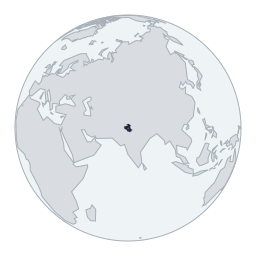 Haryana highlighted on a globe, orthographic projection, rotated 349°
{"feature_id": "IND-2430", "entity_name": "Haryana", "entity_type": "State", "adm_level": 1, "iso_a3": "IND", "parent_name": "India", "parent_adm1": "", "projection": "orthographic", "projection_center": [76.236, 29.302], "detail": "fine", "context": "on_globe", "style": "filled", "palette": "slate", "viewbox_px": 256, "rotation_deg": 349, "n_neighbors": 0, "source": "natural_earth", "source_scale": "10m", "svg_char_len": 12051}
<svg xmlns="http://www.w3.org/2000/svg" viewBox="0 0 256 256"><g transform="rotate(349 128 128)"><circle cx="128" cy="128" r="113" fill="#eef3f6" stroke="#a8b0b8"/><path d="M157.9,19.4L158.0,19.5L165.6,22.7L170.9,24.7L167.5,23.7L179.4,28.7L185.4,32.6L176.8,27.7L174.6,26.9L177.8,29.0L176.2,28.6L176.8,29.6L174.6,29.1L169.8,26.6L168.2,26.3L170.6,27.9L169.8,28.7L166.6,26.3L165.0,27.5L156.7,24.3L149.9,19.7L143.5,18.6L131.9,16.2L131.1,16.5L126.3,16.2L123.6,16.5L122.2,16.3L121.3,16.8L123.1,17.0L123.3,17.4L122.0,17.7L119.9,17.3L120.3,17.1L119.0,17.2L118.6,16.9L118.0,17.2L115.7,17.0L115.9,17.8L112.3,18.0L111.3,17.7L114.2,17.0L118.9,15.7L126.8,15.4L134.6,15.6L142.5,16.3L150.2,17.6L157.9,19.4ZM101.9,18.4L103.1,18.1L102.8,18.3L105.3,17.9L102.0,18.8L97.4,20.0L95.1,20.4L93.0,21.0L92.8,21.5L86.3,23.5L77.9,27.2L76.6,27.8L77.4,27.4L85.3,23.8L93.5,20.8L101.9,18.4ZM175.0,26.5L173.1,25.4L175.5,26.6L175.0,26.5ZM177.2,29.8L178.3,30.3L178.2,30.6L177.2,29.8ZM107.0,17.5L106.2,17.7L107.0,17.5ZM108.9,17.3L109.4,17.1L110.4,16.9L110.0,17.0L108.9,17.3ZM174.7,30.2L174.1,30.7L173.8,29.7L174.7,30.2ZM108.0,17.6L112.0,16.7L113.7,16.5L113.8,16.9L108.0,17.6ZM173.3,30.8L172.0,32.4L174.3,33.4L167.3,31.6L170.6,30.7L169.9,29.2L171.6,30.4L173.3,30.8ZM124.3,17.0L122.3,16.8L125.3,16.7L124.3,17.0ZM126.1,16.9L134.8,16.7L137.1,17.4L133.7,17.2L137.6,18.0L134.4,18.4L131.5,18.0L130.7,17.5L130.1,18.1L126.1,16.9ZM163.6,30.5L162.6,30.6L162.7,30.0L163.6,30.5ZM123.7,17.5L125.2,17.4L127.3,17.9L124.5,18.4L124.7,18.0L123.7,17.5ZM140.2,18.2L141.2,18.8L138.9,19.2L139.0,19.5L134.5,18.5L140.2,18.2ZM123.6,18.1L123.0,18.6L120.8,18.7L122.3,17.8L123.6,18.1ZM128.9,17.9L129.8,18.2L128.4,18.1L128.9,17.9ZM112.6,19.7L114.5,19.3L115.7,19.5L112.6,19.7ZM123.0,18.9L123.8,18.8L124.5,18.9L123.7,19.3L123.0,18.9ZM133.2,18.9L132.0,19.1L134.9,19.4L133.3,19.9L130.6,19.1L131.1,19.7L130.6,19.8L129.0,19.1L133.2,18.9ZM124.9,20.1L121.0,19.6L117.3,20.3L116.1,20.0L122.2,19.1L124.9,20.1ZM127.4,19.5L125.6,19.8L125.1,19.3L126.0,18.8L127.4,19.5ZM133.2,20.5L136.4,19.9L136.8,20.1L133.2,20.5ZM124.0,20.3L125.0,20.5L123.8,20.4L124.0,20.3ZM130.5,20.5L131.5,20.2L132.1,20.5L130.5,20.5ZM126.1,21.0L124.8,20.8L125.3,20.4L126.1,21.0ZM128.2,20.9L128.6,21.3L126.3,20.4L128.6,20.7L128.2,20.9ZM130.8,20.8L131.5,20.8L130.3,20.9L130.8,20.8ZM124.6,22.7L121.6,21.8L122.8,20.9L125.6,21.9L124.6,22.7ZM16.2,118.2L19.3,99.4L21.0,95.3L23.6,88.5L37.4,76.7L37.8,80.5L45.7,85.7L46.3,87.6L42.5,92.1L46.3,104.3L50.8,101.5L56.9,109.7L62.8,112.3L69.8,103.2L60.2,98.6L61.3,92.9L71.2,92.3L80.0,96.8L80.7,94.8L77.5,88.2L81.9,85.7L76.6,85.7L77.0,88.3L73.7,88.4L73.2,86.1L74.8,85.2L72.8,83.2L65.8,88.4L65.4,91.6L58.8,89.5L57.5,94.7L54.9,95.9L56.0,87.6L57.7,85.2L57.9,75.1L55.5,77.2L55.2,87.1L54.2,85.7L51.0,89.2L52.7,85.4L53.7,74.5L49.3,72.6L39.5,78.2L37.8,76.8L38.2,72.8L45.9,64.0L48.9,68.2L51.6,65.7L54.6,60.0L55.2,61.9L56.8,60.3L58.3,61.8L63.8,59.9L65.9,61.2L71.4,56.9L73.2,57.1L69.4,59.5L67.9,62.1L73.3,65.8L75.3,65.4L78.5,62.4L79.6,64.0L82.0,60.7L86.8,61.6L82.9,57.8L86.5,54.7L91.2,53.5L91.7,52.0L84.1,53.9L81.6,55.4L80.6,57.7L73.4,61.7L70.8,61.3L75.8,54.8L72.6,53.7L77.9,49.6L95.4,46.1L101.0,46.9L103.1,54.6L99.9,56.0L97.5,53.8L96.6,58.6L98.2,56.9L99.1,58.4L102.8,56.1L103.6,57.1L105.7,53.5L107.1,54.5L105.8,56.7L112.4,54.8L116.3,56.3L117.4,55.5L117.5,54.1L122.4,57.2L123.0,56.5L121.6,55.1L121.9,52.8L124.4,50.0L125.9,51.3L125.3,52.4L126.1,56.9L124.1,60.1L125.0,60.4L127.1,57.9L126.0,52.4L127.1,50.4L128.1,52.8L127.8,51.8L128.8,51.2L131.2,51.9L130.4,49.2L139.3,42.4L144.9,43.4L144.8,46.1L152.7,43.7L158.4,45.6L157.1,44.3L160.0,42.6L158.3,41.9L157.9,41.2L164.6,37.5L167.4,37.8L168.9,35.3L168.2,34.7L166.2,34.3L167.3,31.6L174.3,33.4L175.4,34.7L179.0,35.3L181.0,38.2L184.4,41.1L184.5,44.3L187.1,46.6L188.2,46.6L192.7,50.0L197.9,57.3L188.7,51.3L179.9,41.6L183.1,45.4L180.9,44.6L181.1,46.1L183.5,48.9L184.7,49.2L180.9,55.3L183.7,64.3L187.1,62.7L190.6,64.5L196.7,74.9L195.6,91.7L200.3,95.6L201.5,98.8L199.5,101.6L197.6,97.0L194.4,96.1L193.6,93.3L189.8,96.8L188.6,92.9L186.2,97.8L188.6,100.5L192.5,98.6L190.9,104.9L196.6,109.2L198.7,115.6L194.3,129.1L187.5,134.4L187.4,136.6L183.9,135.0L180.4,139.9L187.8,150.1L188.0,153.4L181.9,161.0L181.5,158.6L172.3,154.3L171.4,162.3L178.4,167.6L180.9,174.4L175.8,173.1L173.3,167.0L170.0,165.3L170.3,158.4L166.5,148.7L161.4,151.3L161.2,147.1L155.2,139.1L147.5,142.4L135.7,154.0L135.0,164.5L130.5,169.0L122.9,153.9L121.4,143.5L117.4,144.2L110.6,134.9L95.2,132.3L94.1,129.4L91.0,130.1L86.4,126.4L85.1,121.5L81.8,121.0L85.4,133.9L89.1,134.4L93.7,130.8L93.9,135.1L98.5,139.6L89.5,148.1L68.5,151.8L68.3,143.6L62.0,118.2L63.2,116.0L63.3,115.7L63.3,115.1L60.8,118.5L60.4,113.6L61.8,130.7L61.2,137.4L68.2,152.1L67.1,153.0L69.9,156.4L81.2,156.4L80.9,158.9L74.4,169.1L60.4,179.9L63.3,190.3L64.2,198.0L57.8,200.1L60.9,206.2L57.9,206.6L59.4,209.6L58.4,211.5L55.9,212.0L49.1,207.4L46.7,204.4L40.3,196.5L30.5,178.8L30.2,173.3L28.8,167.4L24.0,151.1L24.9,144.7L24.1,140.6L22.2,139.2L21.6,134.3L20.6,132.8L16.3,126.1L16.2,118.2ZM29.7,84.9L28.6,86.7L29.7,84.9ZM87.4,107.0L93.9,109.2L94.3,102.0L96.8,102.4L96.0,99.9L94.3,101.5L92.8,94.9L96.8,93.9L97.7,91.0L95.5,90.1L88.4,93.2L90.5,102.4L87.6,104.6L87.4,107.0ZM75.8,28.2L76.1,28.0L75.3,28.5L75.8,28.2ZM64.0,50.8L63.3,52.5L61.1,53.8L58.5,53.0L61.8,51.0L64.0,50.8ZM62.9,54.6L68.6,48.9L70.4,49.5L68.4,50.1L69.1,51.0L66.1,52.3L62.3,58.7L60.0,60.4L56.5,57.5L58.9,57.4L59.4,55.6L62.9,54.6ZM79.8,36.1L82.3,34.4L83.0,37.7L80.6,38.9L77.9,38.0L79.2,36.0L79.8,36.1ZM107.4,18.7L108.3,18.4L108.8,18.4L108.5,18.7L107.4,18.7ZM113.4,19.5L104.0,20.5L104.6,20.1L98.4,21.6L97.5,21.1L101.5,20.1L96.2,21.0L99.4,19.9L95.7,20.8L104.7,18.6L107.4,17.9L104.7,18.8L105.5,19.2L106.7,19.1L112.0,18.6L118.2,17.6L119.9,18.1L119.5,18.7L118.3,19.0L117.6,18.6L116.5,19.3L114.4,18.9L113.4,19.5ZM113.8,29.7L113.5,28.4L111.0,31.1L108.9,30.2L108.7,30.6L106.1,30.5L102.7,31.3L102.2,30.7L101.1,31.2L99.4,31.4L97.7,32.0L96.1,31.2L93.9,32.0L94.4,31.2L91.1,32.8L92.9,31.3L90.8,31.5L90.1,32.8L86.0,28.6L82.8,28.4L79.2,29.3L82.8,27.0L88.5,25.0L94.6,23.7L97.2,24.3L98.3,23.3L99.9,23.4L98.3,24.2L101.7,23.1L102.5,23.5L108.0,23.2L112.3,21.8L114.4,21.8L113.2,22.5L116.2,22.1L115.2,23.5L116.7,23.6L117.3,25.2L114.0,26.7L115.9,26.7L116.4,28.2L113.8,29.7ZM124.7,23.2L121.2,24.9L118.3,25.3L118.6,22.4L117.4,22.1L117.4,20.5L121.5,20.0L121.1,20.5L121.7,20.8L120.2,20.8L121.8,21.1L121.3,21.8L122.5,22.3L121.0,22.7L124.7,23.2ZM48.6,86.6L49.3,87.5L50.8,88.4L48.8,90.8L48.6,86.6ZM49.1,79.2L50.0,79.5L47.9,82.9L47.1,82.1L49.1,79.2ZM52.3,76.8L50.2,79.2L50.9,77.4L52.3,76.8ZM70.4,59.7L71.6,60.0L71.0,60.8L69.6,61.6L70.4,59.7ZM105.9,38.8L106.2,37.7L107.0,37.6L109.5,35.4L111.3,36.1L110.4,37.7L105.9,38.8ZM67.2,104.2L64.4,105.3L64.0,104.0L65.0,103.8L67.2,104.2ZM55.4,97.9L57.2,100.6L54.8,98.5L55.4,97.9ZM108.3,39.2L109.1,38.2L109.4,39.2L108.3,39.2ZM112.7,36.5L113.4,37.5L111.8,36.0L112.7,36.5ZM118.5,237.9L120.4,238.4L118.5,238.3L118.5,237.9ZM80.8,201.7L78.3,213.1L73.6,211.8L71.2,207.7L71.0,200.4L75.9,199.6L77.9,196.5L80.8,201.7ZM203.4,184.2L205.8,183.7L205.7,184.2L203.4,184.2ZM200.9,183.7L203.8,182.8L200.3,184.8L200.9,183.7ZM204.9,182.4L207.8,180.5L209.1,179.3L208.8,180.3L204.9,182.4ZM198.8,184.4L187.2,187.6L182.4,187.5L183.7,185.7L191.4,184.2L198.8,184.4ZM183.3,185.7L175.8,182.6L164.6,170.5L168.7,170.2L180.2,176.7L179.5,178.2L184.0,181.0L183.3,185.7ZM200.9,172.6L200.1,177.1L193.8,178.6L190.9,178.7L188.9,173.7L190.0,170.5L192.5,170.0L201.2,157.5L204.4,158.9L201.9,163.9L204.5,166.9L200.9,172.6ZM135.6,165.4L138.5,171.4L136.0,172.5L135.6,165.4ZM204.2,149.4L201.0,154.9L203.7,148.0L204.2,149.4ZM205.4,143.1L205.9,145.3L204.2,143.6L205.4,143.1ZM187.8,139.8L185.3,140.9L184.9,139.3L188.0,136.9L187.8,139.8ZM200.3,121.1L201.4,125.9L201.2,127.7L199.6,125.2L200.3,121.1ZM124.2,45.6L118.7,47.6L115.9,50.0L116.1,52.5L113.4,50.0L117.8,46.4L124.2,45.6ZM137.3,42.6L137.1,40.6L138.7,41.1L139.0,41.6L137.3,42.6ZM136.1,41.7L132.9,40.1L133.8,38.8L136.1,40.3L136.1,41.7ZM120.4,39.2L118.6,39.7L118.4,38.8L120.4,39.2ZM208.2,207.1L210.1,204.9L208.1,206.8L211.2,203.4L207.8,207.0L208.5,205.5L206.8,206.2L189.4,218.1L186.4,218.7L188.7,216.3L189.0,210.7L190.2,210.5L191.4,206.0L202.5,198.0L211.0,186.9L215.3,185.1L219.8,177.1L223.7,175.0L221.5,180.6L224.4,180.9L229.3,168.0L228.2,177.6L228.3,179.1L227.4,181.0L223.3,188.0L218.7,194.8L213.7,201.1L208.2,207.1ZM209.4,182.3L213.0,177.7L214.7,176.6L209.4,182.3ZM238.5,150.1L238.3,150.7L238.5,150.0L238.5,149.9L238.5,150.1ZM238.7,148.6L238.8,148.4L238.9,147.6L238.8,148.4L238.7,148.6ZM238.7,148.0L238.7,148.6L238.6,148.3L238.7,148.0ZM238.4,148.8L238.2,148.8L238.3,148.5L238.4,148.8ZM233.6,157.6L234.7,160.6L233.3,162.3L231.9,161.1L229.8,165.7L225.8,168.5L227.0,165.8L226.7,163.3L222.0,165.2L221.0,163.8L222.9,161.4L219.4,161.8L223.3,158.8L224.6,161.9L226.7,157.5L229.8,155.9L232.5,154.9L234.2,155.9L233.6,157.6ZM222.8,167.7L223.5,167.3L222.8,168.8L222.8,167.7ZM237.8,148.0L238.1,148.9L238.0,149.5L237.8,149.7L237.8,148.0ZM234.6,154.7L236.7,149.1L237.0,148.6L235.6,153.9L234.6,154.7ZM236.4,147.5L237.1,146.9L237.4,148.2L237.2,148.9L236.4,147.5ZM215.1,168.2L214.9,169.4L213.8,169.0L215.1,168.2ZM216.5,166.8L219.6,166.5L216.2,167.9L216.5,166.8ZM206.2,167.3L207.2,169.6L210.5,166.6L208.0,170.0L210.0,173.5L209.2,175.5L207.2,171.6L206.2,176.8L204.7,177.3L204.1,173.4L205.7,167.7L207.1,165.0L213.0,161.7L206.2,167.3ZM216.6,163.6L215.7,160.8L216.3,158.4L217.3,159.6L216.6,163.6ZM212.8,154.3L210.1,151.6L208.0,153.9L212.0,146.9L214.0,150.6L212.8,154.3ZM210.0,146.9L208.1,149.1L209.9,145.2L210.0,146.9ZM207.4,148.0L206.8,145.5L208.5,145.2L207.4,148.0ZM211.1,146.6L211.0,142.0L212.1,144.3L211.1,146.6ZM205.2,139.8L209.5,142.8L204.5,142.7L202.8,134.1L204.9,133.2L205.2,139.8ZM207.3,100.3L206.0,98.1L207.4,96.8L207.9,98.7L207.3,100.3ZM210.8,91.2L207.3,95.7L204.4,99.6L206.0,100.3L206.5,104.8L203.4,101.7L204.4,95.9L206.9,93.7L206.0,90.1L207.0,86.8L204.7,82.7L204.7,80.5L207.5,83.6L210.8,91.2ZM203.6,81.1L199.9,73.7L203.2,73.4L204.7,74.9L205.0,78.3L203.3,78.3L203.6,81.1ZM200.0,71.9L198.3,71.9L189.2,62.9L188.1,61.0L196.8,67.2L195.6,67.6L197.2,70.0L200.0,71.9ZM163.6,31.2L162.7,30.7L163.9,30.9L163.6,31.2ZM156.9,40.9L156.6,39.9L158.0,40.1L156.9,40.9ZM156.5,37.4L155.1,37.9L155.9,36.9L156.5,37.4ZM152.0,39.1L154.2,37.8L153.0,39.9L152.0,39.1Z" fill="#d9dde1" stroke="#a8b0b8" stroke-width="1"/><path d="M129.0,124.8L129.2,125.0L129.3,125.0L129.5,125.2L129.5,125.3L129.5,125.5L129.8,125.7L129.9,125.8L130.0,125.8L130.1,125.7L130.0,125.8L130.3,125.9L130.3,126.0L130.0,126.3L129.9,126.4L129.9,126.5L129.7,126.7L129.7,126.8L129.6,127.0L129.5,127.3L129.4,127.5L129.5,127.6L129.4,127.7L129.4,127.8L129.5,127.8L129.6,128.0L129.6,128.3L129.6,128.5L129.7,128.8L129.4,128.8L129.2,128.9L129.2,129.0L129.2,129.3L129.1,129.5L129.3,129.5L129.5,129.6L129.8,129.5L130.0,129.6L130.1,129.8L130.2,130.0L130.3,130.1L130.2,130.1L130.3,130.2L130.2,130.2L130.2,130.4L130.1,130.5L130.1,130.8L129.9,130.8L129.7,131.0L129.7,130.9L129.6,131.0L129.4,130.9L129.4,131.0L129.5,131.1L129.4,131.1L129.2,131.2L129.2,130.9L129.2,130.7L129.2,130.3L129.2,130.2L128.9,130.2L128.7,130.4L128.7,130.5L128.4,130.5L128.4,130.4L128.4,130.2L128.2,130.3L128.2,130.2L128.2,130.3L128.2,130.5L128.1,130.4L127.9,130.4L127.9,130.5L127.9,130.8L128.0,130.9L127.9,130.9L127.7,130.8L127.5,130.7L127.6,130.4L127.6,130.2L127.5,129.9L127.4,129.8L127.3,129.7L127.2,129.7L126.9,129.3L126.8,129.0L126.8,128.9L126.7,128.9L126.7,128.7L126.8,128.7L126.7,128.5L126.6,128.4L126.5,128.2L126.4,128.1L126.2,128.1L125.9,128.0L125.8,127.9L125.7,127.8L125.4,127.8L125.2,127.9L125.1,127.7L125.2,127.4L125.2,127.2L125.1,126.9L125.1,126.7L125.3,126.8L125.3,126.7L125.6,126.6L125.8,126.7L125.8,126.8L126.0,126.8L126.1,127.0L126.2,126.9L126.2,127.0L126.3,127.1L126.2,127.1L126.2,127.3L126.3,127.4L126.3,127.5L126.4,127.4L126.5,127.3L126.5,127.2L126.8,127.0L127.0,127.1L127.3,127.0L127.5,127.1L127.8,127.0L128.0,126.9L127.9,126.8L127.9,126.7L128.0,126.5L127.9,126.4L128.0,126.4L128.3,126.3L128.4,126.5L128.5,126.5L128.7,126.3L128.7,126.2L128.8,125.9L129.0,125.8L129.1,125.7L129.1,125.4L129.0,125.2L129.0,124.9L128.9,124.8L129.0,124.8Z" fill="#64748b" stroke="#1e293b" stroke-width="1.5"/></g></svg>